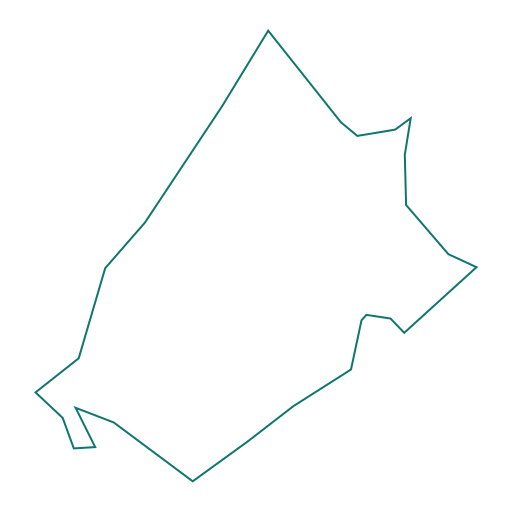 the district of Russell, Kentucky, United States of America
{"feature_id": "52423323B32908051821127", "entity_name": "Russell", "entity_type": "district", "adm_level": 2, "iso_a3": "USA", "parent_name": "United States of America", "parent_adm1": "Kentucky", "projection": "albers", "projection_center": [-85.04, 37.007], "detail": "fine", "context": "isolated", "style": "outline", "palette": "teal", "viewbox_px": 512, "rotation_deg": 0, "n_neighbors": 0, "source": "geoboundaries", "source_scale": "gbopen_adm2", "svg_char_len": 456}
<svg xmlns="http://www.w3.org/2000/svg" viewBox="0 0 512 512"><path d="M476.5,267.2L448.4,254.2L406.1,205.0L404.8,154.8L410.7,118.2L395.2,129.6L357.3,135.9L341.0,122.4L268.2,30.7L221.8,106.7L145.0,222.5L105.2,268.2L78.7,358.3L35.5,392.4L62.7,417.9L73.8,448.4L95.2,447.1L75.6,407.8L113.8,422.5L192.7,481.3L247.1,441.9L293.6,406.0L351.0,369.5L361.5,320.3L366.4,314.9L390.5,318.5L404.2,332.8L476.5,267.2Z" fill="none" stroke="#0f766e" stroke-width="2"/></svg>